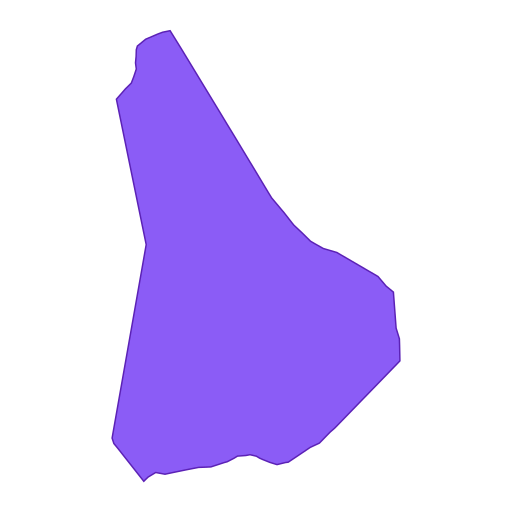 outline of Damanhur, Al Buhayrah, Egypt
{"feature_id": "37247803B7643312094608", "entity_name": "Damanhur", "entity_type": "district", "adm_level": 2, "iso_a3": "EGY", "parent_name": "Egypt", "parent_adm1": "Al Buhayrah", "projection": "orthographic", "projection_center": [30.461, 31.05], "detail": "fine", "context": "isolated", "style": "filled", "palette": "violet", "viewbox_px": 512, "rotation_deg": 0, "n_neighbors": 0, "source": "geoboundaries", "source_scale": "gbopen_adm2", "svg_char_len": 1112}
<svg xmlns="http://www.w3.org/2000/svg" viewBox="0 0 512 512"><path d="M310.2,447.4L319.4,443.1L326.4,435.9L330.1,432.1L334.8,428.0L397.9,363.0L399.9,360.9L399.8,355.4L399.6,345.7L399.4,338.8L396.1,328.1L393.4,292.1L386.1,286.1L378.0,276.5L366.0,269.5L339.4,254.0L336.9,252.5L323.3,248.5L314.6,243.6L310.5,241.2L301.9,232.7L293.9,225.2L291.8,222.6L288.6,218.5L284.0,212.6L281.2,209.3L271.7,198.0L268.5,192.8L251.8,165.0L250.2,162.4L234.1,135.7L226.9,123.9L220.8,113.8L181.2,48.6L170.1,30.7L162.7,32.2L157.6,34.1L145.7,39.2L137.4,46.0L136.3,49.7L136.1,56.5L135.5,62.9L136.3,69.0L135.5,71.5L133.7,76.9L131.3,83.1L125.4,88.9L123.5,91.1L116.4,99.2L129.3,162.2L133.5,182.7L146.2,244.6L141.6,270.8L112.1,438.1L113.9,443.6L116.0,446.1L117.8,448.3L143.8,481.3L145.9,479.2L148.2,477.0L155.7,472.5L165.0,474.2L175.0,472.1L186.2,469.8L198.6,467.4L206.4,467.1L210.9,466.9L219.2,464.2L224.4,462.5L227.1,461.8L233.9,458.3L237.5,456.1L245.8,455.5L250.0,454.7L256.4,456.2L259.7,458.2L262.9,459.6L269.9,462.4L277.0,464.6L285.6,462.5L288.2,462.2L298.8,455.1L310.2,447.4Z" fill="#8b5cf6" stroke="#5b21b6" stroke-width="1.5"/></svg>